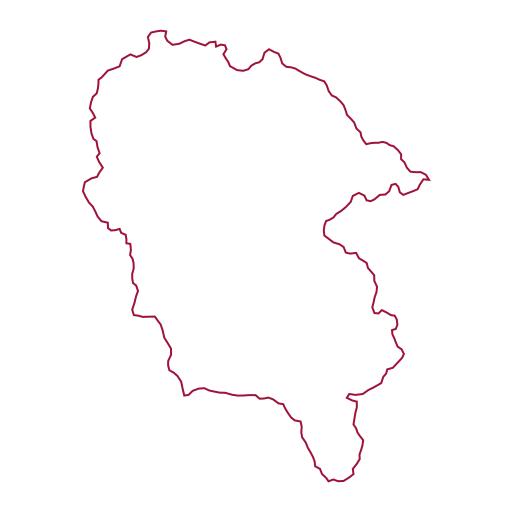 outline of Antônio Carlos, Minas Gerais, Brazil
{"feature_id": "56859067B18820589356452", "entity_name": "Antônio Carlos", "entity_type": "district", "adm_level": 2, "iso_a3": "BRA", "parent_name": "Brazil", "parent_adm1": "Minas Gerais", "projection": "orthographic", "projection_center": [-43.752, -21.428], "detail": "fine", "context": "isolated", "style": "outline", "palette": "rose", "viewbox_px": 512, "rotation_deg": 0, "n_neighbors": 0, "source": "geoboundaries", "source_scale": "gbopen_adm2", "svg_char_len": 3676}
<svg xmlns="http://www.w3.org/2000/svg" viewBox="0 0 512 512"><path d="M429.0,179.8L425.9,174.8L420.8,172.1L416.1,172.2L410.4,171.7L406.9,167.7L404.4,162.3L401.1,159.2L401.1,154.2L398.0,150.2L393.6,146.2L389.6,145.1L386.5,142.9L382.6,141.9L378.2,142.8L373.8,142.8L370.0,143.3L366.3,144.2L363.3,140.4L361.3,136.5L360.5,132.3L356.4,128.5L354.2,122.5L350.7,118.6L347.0,114.9L345.3,109.5L343.6,105.2L340.6,101.6L336.1,97.4L331.7,95.4L328.6,90.9L326.8,85.5L324.2,81.3L319.9,79.9L315.6,77.9L311.1,76.4L306.1,74.6L302.6,72.8L299.0,70.8L295.5,68.6L291.4,67.4L286.3,66.8L282.2,63.4L280.5,57.8L278.4,53.6L274.2,52.0L269.0,49.3L264.5,52.7L262.5,59.2L259.4,62.2L255.1,63.4L251.2,65.8L248.4,69.2L243.2,70.8L237.1,70.1L233.5,68.1L230.0,66.1L228.2,61.9L225.7,58.2L223.4,54.2L226.5,49.3L225.0,45.3L220.9,44.6L216.1,46.6L215.4,41.7L209.4,42.4L205.4,45.5L199.4,43.5L194.0,41.5L189.4,39.7L184.8,41.1L179.2,43.8L172.5,44.8L167.3,40.8L165.2,36.6L166.2,31.4L160.8,30.7L156.2,31.4L151.0,32.6L147.9,37.0L149.3,43.5L148.9,48.7L146.1,52.3L141.3,55.2L136.5,57.0L130.4,54.4L126.7,56.5L122.1,59.2L119.6,66.3L113.5,68.7L107.8,70.6L104.4,74.4L101.7,77.3L98.5,79.8L98.4,84.3L97.9,88.5L96.7,93.4L92.9,96.8L91.1,102.1L89.8,108.4L93.2,113.6L95.2,117.6L90.4,121.0L90.5,127.2L91.5,133.5L93.4,138.8L96.5,141.1L97.6,147.5L99.6,153.2L96.8,156.7L99.1,161.9L102.8,167.7L99.1,172.8L97.1,176.8L91.4,178.4L84.9,182.2L83.8,186.7L83.0,191.2L85.5,196.6L89.0,202.6L92.8,206.6L95.3,211.5L97.6,216.5L101.4,221.2L107.8,222.7L108.0,228.1L111.2,230.5L115.6,230.1L119.6,228.9L121.2,232.9L125.7,234.8L126.4,239.0L126.4,243.3L130.3,243.9L130.9,249.8L130.1,255.1L132.6,258.9L133.6,263.4L133.7,268.6L132.2,273.9L132.3,279.1L133.1,283.1L136.2,285.6L138.0,291.0L136.0,296.5L134.5,302.8L132.2,309.7L133.9,315.1L138.4,315.7L142.8,316.9L148.7,316.7L154.9,316.6L158.2,321.3L160.6,324.4L162.5,329.8L164.3,337.7L168.2,343.9L171.0,348.6L171.1,354.8L168.2,360.9L168.1,365.2L169.4,370.3L173.9,372.8L177.4,375.9L181.2,381.7L182.8,389.5L184.3,395.6L188.7,394.8L192.6,390.9L198.7,388.6L204.3,388.2L209.3,390.5L214.0,391.5L219.3,392.6L225.3,392.8L232.2,394.8L238.0,395.6L243.4,395.5L249.6,395.1L255.5,395.1L259.7,398.7L264.0,398.5L268.4,397.6L273.0,399.3L278.6,403.4L283.2,404.2L285.2,408.5L287.7,412.6L291.1,417.5L294.8,420.4L300.6,421.5L301.7,426.9L301.3,432.3L302.1,437.2L305.7,442.5L307.9,447.9L310.4,452.1L312.9,456.8L314.6,461.3L315.2,466.3L320.0,468.9L322.0,474.0L326.2,477.9L328.5,481.3L333.3,479.5L338.1,481.2L343.5,481.0L349.3,477.4L353.5,474.1L352.8,468.9L356.8,463.8L359.7,459.1L359.5,454.6L361.2,449.7L362.4,445.6L363.2,440.2L359.7,435.8L357.4,432.3L356.2,428.5L353.5,424.4L354.5,418.2L355.5,412.4L356.8,407.5L356.8,401.6L352.3,400.5L346.8,397.8L349.3,394.0L355.5,394.9L362.8,394.0L368.4,390.0L372.6,388.0L376.1,386.0L381.2,383.1L383.3,376.8L386.2,373.5L387.2,369.4L392.8,367.8L398.0,362.3L402.2,357.7L403.9,354.0L401.6,349.3L397.6,346.6L395.8,342.3L394.3,338.3L392.4,334.3L392.0,330.1L395.8,328.9L397.4,324.7L396.8,319.6L394.7,315.7L390.9,315.1L386.4,312.4L381.8,310.1L378.5,313.4L374.5,313.1L372.3,307.4L373.7,301.9L374.7,297.1L376.4,292.4L377.1,286.9L374.3,280.8L374.2,275.2L370.6,271.0L367.9,267.9L366.7,263.0L363.1,260.7L359.0,258.3L356.1,252.9L350.2,253.6L345.8,252.6L343.6,247.0L339.6,244.3L333.4,242.4L328.7,238.8L324.4,235.6L323.8,230.7L324.4,225.6L326.1,221.0L329.8,219.7L333.4,217.5L336.3,213.9L341.2,210.9L346.1,206.8L350.7,201.9L352.8,195.9L358.9,192.9L364.4,195.6L366.6,200.3L370.6,201.2L374.4,199.4L379.8,194.9L385.4,194.5L389.2,191.2L391.5,184.9L395.6,183.9L398.3,186.9L399.8,192.3L403.3,194.9L408.4,192.9L414.0,190.8L417.7,189.2L419.8,184.7L423.4,179.3L429.0,179.8Z" fill="none" stroke="#9f1239" stroke-width="2"/></svg>